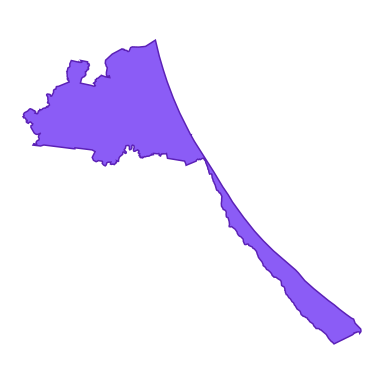 Tampico Alto, Veracruz, Mexico (orthographic projection)
{"feature_id": "50627088B55944116291568", "entity_name": "Tampico Alto", "entity_type": "district", "adm_level": 2, "iso_a3": "MEX", "parent_name": "Mexico", "parent_adm1": "Veracruz", "projection": "orthographic", "projection_center": [-97.791, 21.851], "detail": "fine", "context": "isolated", "style": "filled", "palette": "violet", "viewbox_px": 384, "rotation_deg": 0, "n_neighbors": 0, "source": "geoboundaries", "source_scale": "gbopen_adm2", "svg_char_len": 5801}
<svg xmlns="http://www.w3.org/2000/svg" viewBox="0 0 384 384"><path d="M334.0,343.9L352.3,334.9L353.6,333.9L354.1,332.9L354.7,333.1L354.9,332.7L355.7,332.6L356.0,332.3L356.5,332.4L356.9,332.0L358.9,331.8L359.6,332.3L359.7,333.2L360.6,332.1L361.0,331.1L360.7,329.0L355.1,323.2L353.6,319.1L351.4,318.1L346.1,314.3L339.4,309.2L334.3,304.9L328.3,300.5L313.8,288.7L304.8,280.7L298.3,272.8L295.5,269.9L273.5,250.9L263.4,240.9L254.4,231.0L243.7,217.5L232.5,202.0L228.2,194.8L222.8,186.9L213.6,171.6L194.4,141.4L191.2,135.7L191.3,135.0L191.1,135.1L190.8,134.6L191.1,134.4L190.5,134.5L190.3,134.2L179.7,113.0L173.3,98.1L167.1,81.6L163.3,69.9L159.3,56.3L155.4,40.1L145.5,46.4L138.8,47.1L132.2,46.9L130.6,47.6L129.3,50.7L128.9,51.3L128.2,51.5L127.6,51.4L126.9,50.5L124.7,50.2L124.5,49.6L123.7,49.7L123.5,49.2L123.2,49.1L122.1,49.3L121.9,48.9L112.2,54.1L105.6,60.2L105.3,62.6L105.3,63.6L105.9,64.5L106.1,65.9L107.3,67.7L106.4,72.4L106.4,75.1L107.5,76.5L107.9,76.8L108.2,76.3L109.3,75.8L109.8,77.6L107.0,77.2L106.5,76.7L105.6,76.9L101.3,75.3L101.0,75.9L100.0,76.4L98.4,78.0L96.6,78.6L96.4,79.4L95.3,80.0L95.9,81.3L95.1,81.5L94.9,82.7L93.9,82.8L93.5,83.2L94.1,83.6L94.6,84.4L94.8,85.5L95.2,85.6L95.0,86.0L94.3,86.0L94.0,86.3L91.6,85.5L80.4,83.1L81.6,78.4L82.7,77.3L84.2,76.7L84.6,76.3L84.9,75.7L85.1,75.8L85.6,75.3L85.9,74.1L85.5,73.8L85.5,71.7L86.3,71.6L86.8,70.4L87.4,69.8L87.8,69.9L88.5,69.2L88.6,68.6L88.0,68.0L88.3,67.5L88.2,66.9L88.8,66.6L88.8,65.9L89.4,65.1L88.8,63.6L87.6,63.8L87.6,61.8L80.9,60.5L81.9,61.8L81.7,62.3L80.8,62.4L80.6,62.1L79.3,62.4L78.9,61.9L78.8,62.2L71.3,60.5L69.8,63.9L69.9,66.4L69.5,67.0L67.9,68.0L67.3,70.7L66.8,71.5L67.3,71.9L66.9,72.9L67.2,74.0L67.2,76.8L68.0,78.5L67.3,78.8L67.4,79.3L68.2,80.4L68.6,80.3L69.1,82.0L58.6,86.3L56.4,86.6L55.8,89.1L54.4,89.4L53.6,90.2L53.5,92.6L51.6,96.1L50.8,96.1L50.3,94.8L49.8,94.4L47.6,94.0L47.2,94.1L46.7,94.5L46.6,95.0L47.8,97.2L47.9,99.7L48.2,100.9L47.5,102.5L47.7,103.0L48.6,103.0L49.0,103.4L49.5,105.0L48.5,106.0L47.9,106.1L47.8,107.0L47.2,107.1L46.5,106.7L46.2,107.4L45.2,108.2L44.5,108.0L42.9,108.5L41.9,109.5L41.1,109.8L39.8,109.5L39.7,110.7L38.5,110.9L37.7,113.5L37.0,113.8L34.9,113.1L35.7,112.1L35.1,111.6L34.7,110.7L33.5,110.6L32.6,109.6L31.5,109.3L30.7,108.8L29.6,109.0L27.6,111.1L24.5,112.7L23.5,114.3L24.1,115.9L23.7,116.3L23.0,116.6L23.1,116.8L23.8,117.9L24.9,117.9L25.6,118.4L26.2,120.1L27.2,120.3L27.2,121.1L26.3,121.9L27.1,122.7L28.3,123.3L29.1,122.4L29.7,122.4L30.2,121.9L31.1,122.3L31.9,123.4L32.7,123.7L32.5,124.9L31.0,125.7L30.9,127.3L34.2,133.0L35.5,134.0L36.6,134.4L38.1,134.3L40.2,133.3L40.3,133.5L39.1,134.8L38.5,136.3L38.5,137.2L39.2,138.5L39.1,139.2L38.7,140.1L37.7,140.4L36.8,141.1L36.1,142.3L36.7,144.4L33.8,143.7L33.0,145.1L40.6,146.0L43.8,145.0L73.4,148.7L74.9,148.8L75.0,147.8L92.1,149.9L95.1,151.6L92.2,157.4L93.5,160.3L96.1,161.7L97.6,161.1L98.2,160.6L102.1,161.2L102.6,161.9L102.2,163.4L103.6,165.0L105.2,165.9L106.3,164.8L106.7,163.0L107.8,162.3L109.4,162.1L110.2,162.3L110.8,162.1L110.4,164.0L111.2,164.4L113.1,164.1L114.2,164.6L116.1,162.9L115.9,162.7L116.1,162.1L116.7,161.8L117.0,161.2L116.8,160.8L118.2,161.4L118.6,161.1L118.5,160.1L119.2,157.6L119.9,156.6L122.6,154.4L122.9,152.5L123.2,152.0L124.0,152.1L125.1,153.3L125.6,153.4L126.1,153.1L126.3,152.1L124.4,150.2L124.3,149.5L125.4,148.3L125.8,146.0L126.1,145.7L127.2,145.5L128.4,145.5L129.4,146.4L129.3,149.0L129.8,149.8L130.8,149.4L131.6,148.6L131.9,147.8L131.8,146.1L132.1,145.4L132.6,145.1L133.8,145.6L134.1,146.4L134.2,147.4L133.4,149.9L133.7,151.0L134.0,151.3L135.1,151.2L136.3,150.4L136.8,150.4L137.6,149.9L138.7,150.6L139.0,151.2L138.3,152.2L138.4,153.1L139.5,153.4L139.7,153.6L139.1,155.2L139.8,155.4L139.5,156.0L140.2,156.5L140.0,157.1L140.5,157.6L141.5,157.4L141.8,157.8L142.5,157.9L142.5,157.2L143.6,157.3L144.4,156.6L145.4,156.8L146.7,156.3L149.1,156.1L151.0,155.0L151.7,155.1L151.7,154.3L153.4,154.6L153.4,153.4L153.7,153.4L157.4,153.8L158.8,153.5L159.3,154.4L159.1,154.5L159.2,155.2L159.5,155.2L159.4,155.5L160.5,156.0L161.0,154.5L161.4,154.5L161.7,153.9L162.9,154.0L163.2,153.9L163.2,153.7L165.4,153.9L166.5,153.5L167.5,158.3L184.6,161.1L185.7,163.6L186.1,165.3L196.2,161.1L196.5,160.1L197.7,159.2L198.8,159.7L199.4,159.1L200.3,159.6L202.4,158.4L203.5,158.3L204.6,160.1L205.4,160.8L205.9,163.0L206.3,164.0L206.6,164.2L207.0,165.9L207.4,166.1L208.0,169.2L208.7,170.3L208.9,172.1L209.6,174.1L210.8,173.9L211.8,174.2L212.2,177.9L212.7,178.8L213.3,181.3L213.9,182.0L214.3,183.3L215.1,184.8L216.5,189.7L216.9,190.3L217.8,190.5L219.5,193.0L220.3,193.1L221.9,196.4L221.6,199.5L221.7,200.4L221.3,203.5L221.5,206.2L222.9,208.4L223.0,209.0L223.3,209.5L224.6,209.9L225.9,211.1L226.3,212.7L226.1,214.1L226.3,216.5L226.5,217.0L228.1,217.8L229.2,221.6L229.5,224.6L229.2,225.4L229.2,226.6L230.2,226.9L231.6,226.6L235.1,229.2L237.0,231.9L237.4,233.5L238.4,235.1L239.4,236.1L240.8,236.7L243.0,239.0L243.3,239.8L243.3,241.3L244.6,244.3L244.9,244.5L245.8,244.6L247.2,244.1L248.2,244.1L248.6,244.4L248.8,245.4L252.3,247.0L253.0,248.3L254.4,248.9L256.5,251.5L257.4,254.5L258.0,255.7L258.2,256.8L259.1,258.3L262.0,261.9L263.0,264.1L263.2,265.6L265.4,267.3L266.6,269.4L268.3,270.3L270.1,271.9L271.5,273.6L272.2,275.4L273.0,276.2L273.7,276.5L273.9,277.1L276.1,277.3L277.7,278.6L280.5,280.3L281.2,281.6L281.6,285.4L282.5,286.1L284.0,286.8L284.6,288.0L284.9,289.2L284.8,290.3L285.3,290.9L285.4,292.3L286.3,294.6L287.2,294.9L288.8,297.6L290.4,298.9L292.0,301.6L293.6,302.8L294.4,304.9L295.2,305.7L297.1,309.0L299.6,310.8L300.2,311.5L301.2,314.6L302.8,315.8L303.0,316.2L303.7,316.4L304.8,316.6L305.3,317.2L307.4,318.2L307.8,319.3L308.6,319.9L309.8,321.7L312.9,323.8L314.0,326.1L315.5,327.6L316.1,328.5L318.8,328.6L320.2,329.8L320.9,329.9L321.6,330.5L326.3,334.5L328.7,338.5L331.5,341.7L332.2,341.9L334.0,343.9Z" fill="#8b5cf6" stroke="#5b21b6" stroke-width="1.5"/></svg>